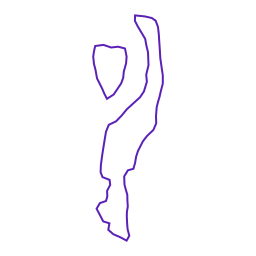 Cabedelo, Paraíba, Brazil (Mercator projection)
{"feature_id": "56859067B69424996803869", "entity_name": "Cabedelo", "entity_type": "district", "adm_level": 2, "iso_a3": "BRA", "parent_name": "Brazil", "parent_adm1": "Paraíba", "projection": "mercator", "projection_center": [-34.848, -7.032], "detail": "fine", "context": "isolated", "style": "outline", "palette": "violet", "viewbox_px": 256, "rotation_deg": 0, "n_neighbors": 0, "source": "geoboundaries", "source_scale": "gbopen_adm2", "svg_char_len": 1212}
<svg xmlns="http://www.w3.org/2000/svg" viewBox="0 0 256 256"><path d="M102.5,177.1L109.6,179.9L110.2,184.9L107.1,190.8L107.3,196.4L106.0,201.0L99.9,203.1L96.6,208.7L99.9,215.0L103.2,221.4L109.4,223.3L108.3,229.8L113.3,234.2L120.4,237.3L126.6,240.6L129.3,235.8L127.6,229.2L127.1,223.1L126.8,216.8L126.9,211.9L127.8,206.5L127.4,200.5L127.3,194.8L125.8,189.6L124.5,184.7L124.2,176.4L127.9,170.3L133.4,168.8L135.1,162.8L136.1,156.7L138.0,150.9L142.9,141.3L147.0,136.0L153.4,129.9L156.2,123.4L156.0,116.0L156.7,107.2L158.0,101.9L159.5,97.0L160.6,92.1L162.8,83.5L162.8,75.3L161.8,68.7L160.3,58.1L159.8,49.3L159.3,42.3L158.8,34.3L158.0,27.0L155.7,20.8L151.8,18.0L144.7,16.4L135.1,15.4L134.9,20.8L137.7,26.3L145.2,38.9L146.4,45.7L148.0,52.2L148.5,65.2L146.2,74.8L146.9,81.7L143.9,91.5L140.0,97.3L132.6,104.0L126.9,109.2L121.5,115.7L116.1,121.3L108.8,124.8L106.0,131.7L104.8,138.8L102.4,153.9L100.9,164.7L100.6,172.2L102.5,177.1ZM103.5,44.9L95.2,46.0L94.0,51.3L93.2,56.6L94.0,64.1L95.5,69.8L97.0,78.3L99.1,82.5L102.2,88.7L104.3,93.6L107.0,98.8L113.7,94.5L117.8,88.4L121.2,83.3L123.2,77.8L123.8,71.6L126.1,63.3L126.6,56.6L125.0,48.5L118.1,46.7L111.2,47.5L103.5,44.9Z" fill="none" stroke="#5b21b6" stroke-width="2"/></svg>